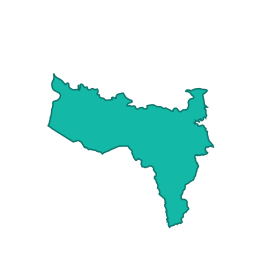 the district of San Martín De Loba, Bolívar, Colombia, rotated 297°
{"feature_id": "7082276B59511587690039", "entity_name": "San Martín De Loba", "entity_type": "district", "adm_level": 2, "iso_a3": "COL", "parent_name": "Colombia", "parent_adm1": "Bolívar", "projection": "orthographic", "projection_center": [-73.999, 8.811], "detail": "fine", "context": "isolated", "style": "filled", "palette": "teal", "viewbox_px": 256, "rotation_deg": 297, "n_neighbors": 0, "source": "geoboundaries", "source_scale": "gbopen_adm2", "svg_char_len": 5897}
<svg xmlns="http://www.w3.org/2000/svg" viewBox="0 0 256 256"><g transform="rotate(297 128 128)"><path d="M59.3,210.5L60.3,210.6L61.0,211.7L62.2,213.0L62.6,213.2L63.2,213.2L63.9,213.8L64.1,214.3L64.5,214.8L64.5,215.6L65.2,215.6L65.5,216.1L66.5,216.5L66.8,217.3L66.8,218.0L67.1,218.3L67.8,218.4L68.4,219.0L68.8,218.9L69.3,218.2L71.7,216.4L73.4,217.5L74.2,217.4L75.3,216.6L77.0,216.5L77.7,216.6L79.7,218.0L81.2,218.0L83.3,218.8L84.0,218.4L85.1,216.1L86.4,215.6L87.3,214.9L89.3,214.0L89.8,212.8L90.2,211.1L89.7,210.5L89.3,209.1L88.9,208.7L88.9,208.3L89.7,207.2L90.7,206.6L91.4,206.4L91.9,205.7L93.2,206.3L95.2,206.1L97.3,205.4L99.0,206.4L101.0,205.8L102.9,205.0L103.8,204.9L105.8,206.6L108.8,207.9L111.0,209.6L112.4,209.8L114.6,209.3L115.8,209.8L118.6,209.0L121.3,208.7L122.3,208.0L123.4,208.3L123.9,208.0L124.7,208.3L125.2,208.1L125.6,207.7L126.1,208.0L126.3,207.6L127.0,207.0L127.4,205.9L128.2,205.8L128.3,204.6L128.9,203.8L129.7,203.1L130.2,202.4L131.3,202.2L131.9,201.1L133.2,200.3L134.4,200.4L135.1,201.0L134.8,202.2L135.0,202.4L135.5,202.0L136.1,204.4L136.6,205.0L138.1,205.8L138.2,206.2L137.9,206.6L137.9,207.1L140.9,210.0L141.8,210.2L142.3,210.0L142.3,209.6L142.0,208.7L143.3,207.6L143.6,206.9L144.1,206.3L145.1,206.5L146.5,206.1L146.9,206.8L147.0,207.8L147.4,208.2L147.9,208.2L149.5,209.8L149.5,211.0L149.9,212.6L151.1,211.6L151.3,210.9L152.4,208.7L152.8,207.3L154.0,205.2L158.8,201.2L160.8,200.4L161.1,198.5L161.4,197.8L161.7,197.6L162.9,197.7L163.2,195.7L163.9,195.2L164.4,194.0L164.3,192.9L163.8,192.4L163.5,192.3L163.2,191.8L162.7,191.6L161.6,189.7L162.2,189.5L163.0,188.0L162.8,186.7L162.1,186.0L162.7,184.5L163.7,185.4L164.5,185.2L165.4,184.7L165.3,185.9L165.9,186.9L165.6,188.7L166.1,188.8L166.7,187.2L167.7,187.4L168.1,187.9L169.1,188.7L169.1,189.1L168.1,189.1L167.9,189.5L168.0,190.2L168.9,191.0L169.9,191.3L170.6,190.9L171.9,190.6L172.3,191.0L172.5,191.5L172.1,192.7L173.2,192.3L174.4,192.5L175.3,192.1L175.6,191.3L176.0,191.0L179.4,189.2L179.4,188.8L179.8,188.5L179.9,188.1L179.7,187.7L180.6,186.9L180.8,187.1L181.1,186.8L181.5,186.8L181.5,187.2L181.9,187.0L182.1,187.2L182.1,188.3L182.5,189.1L182.9,187.9L182.5,187.6L183.0,187.0L183.3,186.2L183.0,186.1L183.2,185.7L189.1,181.5L190.4,180.2L191.1,179.8L192.3,179.7L193.6,180.5L196.3,181.6L197.1,181.6L197.5,181.2L197.5,180.2L197.1,178.9L196.0,176.4L195.8,174.3L193.8,171.0L192.1,169.0L190.6,168.0L190.0,167.3L189.7,166.5L189.6,165.4L189.1,164.1L188.0,162.8L186.9,162.9L187.7,165.1L187.7,167.0L187.3,168.1L186.4,169.5L186.2,171.0L185.7,172.2L185.0,172.8L184.0,172.6L182.6,170.9L181.8,170.2L179.8,169.8L178.5,169.9L175.7,171.8L174.9,172.1L172.1,172.3L170.9,171.7L169.9,170.4L169.6,169.5L169.1,168.8L166.2,167.5L166.2,165.4L167.4,162.8L167.5,161.9L166.9,160.8L165.6,160.1L164.8,160.0L163.5,160.5L163.3,160.3L162.9,158.6L163.1,156.6L162.9,154.9L163.0,152.9L162.8,152.3L161.8,151.5L161.5,151.0L161.7,149.8L161.7,147.5L160.1,143.7L160.2,140.3L159.1,138.2L156.6,135.0L156.2,134.9L154.8,136.2L154.1,136.2L152.2,133.7L152.2,133.3L152.8,132.2L152.8,131.4L151.2,129.3L149.5,128.2L148.9,127.5L148.9,126.4L150.3,124.7L150.5,124.1L150.5,123.6L148.7,121.0L148.8,119.2L147.7,118.0L147.3,117.1L148.0,116.7L149.4,116.8L150.7,117.5L152.5,119.6L153.3,119.7L154.0,119.2L154.2,118.5L153.8,117.0L154.1,112.7L154.5,111.7L156.9,107.8L154.4,104.7L153.4,103.7L152.6,103.2L151.0,103.0L150.2,103.3L149.4,103.9L149.1,103.8L148.8,103.3L148.7,101.5L148.3,100.2L147.7,99.8L147.2,99.8L146.6,100.3L146.6,101.1L146.2,101.1L144.3,98.5L142.5,95.2L143.1,93.7L143.3,92.7L142.4,89.6L142.9,88.5L144.2,87.6L144.6,87.0L143.9,85.8L143.9,85.4L144.6,84.9L146.1,85.0L147.2,84.6L148.3,83.7L148.7,83.0L147.0,80.9L147.1,79.2L146.8,78.1L144.7,76.8L144.2,75.8L144.1,75.1L144.4,74.4L145.9,72.9L145.8,72.6L144.8,71.7L144.4,70.9L145.9,68.1L146.1,67.1L145.9,66.6L145.4,66.0L144.6,65.8L143.3,66.8L142.5,67.1L141.6,67.1L141.3,66.7L141.4,66.3L141.8,65.7L143.2,64.9L143.3,64.5L142.9,64.5L140.6,66.0L140.0,67.6L139.6,67.7L139.4,67.2L139.6,65.7L137.4,62.5L137.0,60.9L137.1,58.8L137.7,57.0L138.5,56.3L140.6,54.9L140.7,54.4L140.4,53.5L139.4,52.9L138.7,52.8L138.2,52.2L140.1,48.0L140.5,45.6L140.5,41.7L141.2,39.2L142.8,37.0L139.7,39.1L137.2,39.7L135.4,39.7L133.2,40.0L131.5,40.8L129.7,42.2L128.5,43.7L128.0,45.1L128.0,50.3L127.5,51.7L126.6,53.1L123.8,53.6L122.2,53.2L120.6,52.5L117.8,49.6L116.6,49.5L113.9,50.9L111.8,51.5L109.8,51.7L105.7,53.4L104.1,53.8L102.0,54.0L102.0,54.3L95.9,55.8L93.8,55.8L93.5,57.4L93.6,57.5L93.6,58.4L93.0,60.5L90.8,85.3L90.8,85.7L92.1,86.6L92.5,87.6L93.8,88.5L94.4,89.4L94.3,92.8L92.7,95.3L92.5,95.9L91.0,97.9L91.4,98.4L91.1,99.3L91.8,100.0L91.1,101.7L91.0,103.1L91.9,103.8L92.4,106.1L93.4,109.2L93.2,110.7L93.4,112.4L93.8,113.4L94.3,114.1L93.3,117.0L95.0,117.7L97.9,120.1L99.2,121.4L100.6,122.2L107.7,128.2L108.7,130.0L108.9,130.6L109.4,131.1L109.8,131.9L111.9,136.3L110.5,138.6L109.4,142.2L108.0,142.6L106.8,143.5L106.4,144.5L104.5,146.2L103.0,148.9L102.8,149.7L103.0,150.1L104.8,150.9L105.3,150.8L105.3,155.0L102.6,155.8L101.5,156.4L99.9,158.1L100.6,160.1L100.6,161.4L101.5,162.0L102.6,163.6L103.7,164.0L104.4,165.0L104.7,167.6L103.7,169.1L102.4,169.7L101.9,170.3L100.8,172.6L100.1,173.7L99.3,174.4L97.6,174.7L97.0,173.7L96.8,173.7L95.0,174.5L94.8,175.6L94.4,176.4L92.5,178.1L91.4,179.9L89.8,181.2L87.9,181.6L87.6,182.8L87.1,183.8L85.0,185.7L84.4,185.9L83.7,185.6L83.3,185.7L82.9,186.9L82.6,188.3L82.7,188.9L82.2,189.9L81.9,191.8L81.6,192.3L81.5,192.9L80.8,193.2L80.7,193.7L79.9,194.1L79.5,194.8L78.5,194.8L78.4,195.5L78.0,196.0L76.3,195.6L75.4,196.1L75.1,196.4L75.0,196.9L74.3,197.4L73.8,198.4L72.9,198.8L72.4,199.8L71.6,199.8L70.6,200.6L70.3,200.6L70.2,200.2L69.0,201.8L67.9,202.1L66.9,203.1L66.0,204.4L65.2,204.3L64.9,204.6L64.8,204.4L64.9,204.1L64.7,203.9L64.1,204.2L63.5,204.7L63.5,205.4L62.9,205.8L62.3,205.7L62.5,206.3L62.1,206.8L62.1,207.2L60.4,207.7L58.8,209.3L58.5,210.0L59.1,210.0L59.3,210.5Z" fill="#14b8a6" stroke="#0f766e" stroke-width="1.5"/></g></svg>